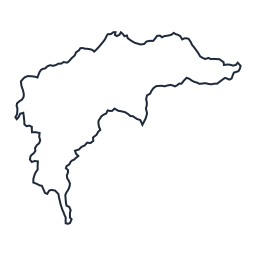 outline of São Domingos do Norte, Espírito Santo, Brazil
{"feature_id": "56859067B53855567891195", "entity_name": "São Domingos do Norte", "entity_type": "district", "adm_level": 2, "iso_a3": "BRA", "parent_name": "Brazil", "parent_adm1": "Espírito Santo", "projection": "robinson", "projection_center": [-40.559, -19.162], "detail": "fine", "context": "isolated", "style": "outline", "palette": "slate", "viewbox_px": 256, "rotation_deg": 0, "n_neighbors": 0, "source": "geoboundaries", "source_scale": "gbopen_adm2", "svg_char_len": 3117}
<svg xmlns="http://www.w3.org/2000/svg" viewBox="0 0 256 256"><path d="M15.4,117.3L16.8,119.2L18.6,117.1L20.2,113.7L23.3,112.8L23.8,116.5L24.3,121.3L24.4,124.4L26.6,126.2L29.3,125.6L31.8,126.8L31.8,129.6L32.0,132.3L35.6,132.2L39.6,133.0L39.2,136.8L40.2,140.3L39.1,143.3L36.8,145.2L35.0,148.1L35.4,150.8L33.9,153.1L32.2,154.4L30.6,156.0L29.9,159.5L31.8,162.0L34.6,161.0L37.9,161.4L37.6,166.0L37.7,169.5L35.2,173.2L34.1,176.3L33.4,178.8L33.3,182.5L36.4,183.7L39.8,185.4L41.9,185.8L43.1,188.6L44.9,192.8L47.2,193.9L49.2,190.6L51.4,189.9L55.1,190.6L58.4,194.0L59.1,198.1L59.9,201.1L60.4,203.6L61.3,206.5L62.5,210.1L63.6,212.5L64.7,215.5L65.7,217.4L65.6,220.4L65.7,223.3L68.1,223.8L70.0,223.0L71.6,219.2L70.0,217.7L69.9,215.0L70.0,212.5L70.7,210.3L69.3,207.0L66.5,205.6L65.9,202.4L65.6,198.6L65.3,195.1L66.3,192.7L68.3,189.6L69.6,186.3L69.9,183.6L68.8,180.7L67.3,178.5L66.8,175.5L68.0,172.5L68.0,170.1L65.9,168.2L66.6,166.1L69.3,164.4L70.5,162.0L72.1,160.5L74.0,159.7L75.7,158.1L78.3,156.0L76.0,153.7L75.0,150.7L78.9,149.5L81.5,146.9L84.6,145.5L87.2,142.6L90.4,143.1L93.3,140.9L93.0,137.5L96.5,134.8L98.3,131.6L100.3,129.9L99.0,126.8L98.4,123.2L98.6,120.7L99.8,118.8L101.3,116.4L103.4,114.8L106.2,113.5L107.7,110.4L110.2,111.0L112.3,110.8L114.5,108.6L118.3,110.8L121.4,111.3L124.9,112.1L128.2,114.1L130.3,116.0L132.9,116.2L134.7,117.5L137.0,119.0L140.2,120.0L141.4,122.4L142.4,124.8L143.8,122.1L145.5,118.8L146.6,115.3L147.0,113.0L145.9,108.3L146.8,105.3L146.8,102.2L146.1,99.3L147.0,95.4L150.1,93.7L151.3,91.2L153.2,88.4L156.1,86.2L159.1,85.9L161.6,85.8L164.7,86.3L166.9,85.6L170.5,84.9L172.9,85.5L174.9,86.4L177.1,85.3L179.0,83.7L181.5,83.7L183.7,80.8L186.6,77.8L189.5,78.9L192.4,81.0L195.0,82.1L197.1,82.6L199.2,83.8L202.2,83.6L204.4,83.2L206.5,83.4L208.7,84.0L211.4,84.3L214.3,83.7L217.1,83.7L219.4,81.9L221.1,80.7L223.1,79.1L225.1,77.9L227.1,78.6L229.3,79.6L231.6,78.5L232.7,75.4L233.9,72.6L236.0,72.0L238.4,71.2L239.8,68.9L240.6,65.9L237.7,62.7L235.8,65.0L233.1,65.6L230.0,64.7L227.3,64.5L223.9,65.0L223.6,62.2L221.2,60.5L219.1,59.1L216.8,59.1L213.9,58.9L210.9,59.1L208.4,57.9L205.3,59.0L202.8,58.0L200.2,56.4L198.0,52.7L195.7,49.5L193.8,46.9L192.2,45.1L190.6,41.8L188.6,38.8L186.6,38.3L184.5,38.3L182.2,39.4L180.2,36.1L178.0,34.8L175.8,34.2L173.7,32.9L171.4,34.8L168.1,35.6L164.3,36.1L162.0,37.3L160.0,35.6L157.0,35.9L155.4,38.2L153.2,40.9L149.5,40.9L146.5,41.5L144.1,44.0L140.5,44.5L137.9,43.7L134.8,42.8L131.2,40.7L127.7,38.2L126.9,35.5L124.5,36.2L122.8,34.0L120.9,32.3L119.5,34.7L116.9,36.1L114.9,34.9L115.5,32.2L113.4,32.2L110.8,34.1L107.8,34.2L106.5,36.1L105.4,38.6L103.9,40.9L101.8,43.4L99.1,46.7L96.4,49.5L94.2,51.6L92.3,49.9L89.5,49.1L87.2,48.8L85.0,48.7L82.6,48.0L80.4,48.2L78.8,50.5L76.1,52.2L74.6,55.6L71.8,58.0L69.0,61.2L67.3,62.6L63.5,62.1L61.1,63.7L58.3,63.7L55.8,65.1L52.9,65.8L50.1,65.2L47.4,66.3L45.2,68.4L42.9,68.9L41.0,69.9L39.5,72.1L38.5,74.7L37.5,77.5L34.6,76.6L30.7,76.2L27.8,76.1L25.1,77.1L23.4,78.5L20.9,81.4L21.4,85.7L23.0,90.4L23.8,94.0L23.6,96.9L22.0,99.6L19.3,101.3L17.0,103.4L16.6,105.9L17.4,108.4L17.3,111.3L17.0,114.3L15.4,117.3Z" fill="none" stroke="#1e293b" stroke-width="2"/></svg>